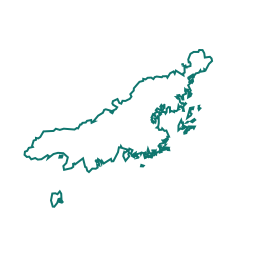 Dinagat Islands, Surigao del Norte, Philippines, rotated 245°
{"feature_id": "2640588B17428979589921", "entity_name": "Dinagat Islands", "entity_type": "district", "adm_level": 2, "iso_a3": "PHL", "parent_name": "Philippines", "parent_adm1": "Surigao del Norte", "projection": "mercator", "projection_center": [125.572, 10.162], "detail": "fine", "context": "isolated", "style": "outline", "palette": "teal", "viewbox_px": 256, "rotation_deg": 245, "n_neighbors": 0, "source": "geoboundaries", "source_scale": "gbopen_adm2", "svg_char_len": 5967}
<svg xmlns="http://www.w3.org/2000/svg" viewBox="0 0 256 256"><g transform="rotate(245 128 128)"><path d="M147.3,221.3L149.0,222.0L147.6,222.8L151.9,228.5L153.2,232.5L155.7,233.1L157.9,232.3L159.4,227.4L163.5,228.7L167.1,228.5L168.6,225.5L167.2,223.9L169.2,219.7L168.8,215.9L164.7,211.6L161.9,210.8L161.6,211.8L159.9,211.9L157.8,210.8L158.8,204.7L154.3,202.8L154.1,201.1L152.3,200.5L159.8,195.6L157.5,193.3L160.0,193.1L159.8,189.3L157.0,185.0L158.6,184.9L160.2,181.4L159.7,180.1L162.5,175.8L162.8,173.7L161.6,171.7L163.9,170.3L165.2,167.0L164.6,164.5L166.1,162.6L164.3,161.7L165.0,157.9L161.5,150.1L159.5,149.0L157.7,144.4L155.0,144.4L153.7,142.0L153.6,137.1L155.0,134.5L152.9,132.2L154.4,130.7L158.7,130.7L158.7,125.7L156.9,124.2L155.3,124.3L151.4,127.0L150.2,125.1L150.1,120.2L149.0,121.4L148.0,120.1L149.8,118.8L151.1,119.5L154.3,115.8L154.5,114.1L152.4,111.7L151.8,106.2L148.7,99.6L148.1,100.5L148.1,97.2L150.8,98.0L151.8,93.9L150.8,92.0L151.9,88.9L150.9,87.3L151.4,86.2L148.7,82.6L149.6,81.6L149.2,78.9L154.5,69.5L155.1,65.4L157.8,62.3L156.8,59.3L160.6,50.0L156.9,44.7L156.5,42.2L157.9,40.4L156.2,39.6L156.5,37.2L152.5,33.6L151.0,33.8L151.9,29.7L149.9,27.0L150.1,24.6L147.4,22.9L144.5,24.1L143.8,26.3L140.5,27.1L140.0,31.2L137.5,32.9L136.3,36.4L137.4,43.6L136.1,44.4L134.3,42.6L135.9,49.5L135.1,54.0L132.5,58.7L126.9,61.1L122.3,57.3L120.8,53.3L117.1,52.4L115.5,59.8L116.0,62.0L118.7,63.1L118.5,64.5L117.4,64.7L119.5,74.4L110.8,72.7L109.9,73.6L106.6,73.0L104.6,74.0L106.3,78.5L104.7,81.6L105.0,83.8L107.9,84.6L106.1,86.2L109.8,87.0L110.4,85.1L111.8,84.8L112.2,85.5L110.9,86.9L112.4,87.7L109.9,89.1L107.0,89.0L109.1,90.5L106.1,91.0L107.2,99.5L104.7,99.1L104.1,100.7L110.3,108.7L114.3,111.6L113.4,113.0L114.5,113.9L112.5,114.1L108.8,118.2L107.3,117.3L107.0,114.6L107.8,114.4L106.5,113.1L104.5,111.8L99.3,111.9L101.8,117.1L104.2,117.2L104.8,118.7L106.4,118.4L108.7,120.5L106.0,122.7L103.5,119.8L101.7,119.8L102.3,124.5L99.7,122.7L100.0,120.5L98.8,121.3L99.7,122.1L99.2,123.7L100.5,124.7L100.0,128.9L98.9,128.7L100.0,129.9L98.4,131.9L98.5,134.4L97.2,132.2L96.0,134.4L96.6,136.1L98.8,135.9L100.6,137.3L96.7,137.0L94.9,137.9L95.5,141.1L96.9,141.3L97.8,139.7L96.3,143.0L94.7,141.5L94.0,141.9L94.7,143.0L93.7,142.5L93.7,141.8L94.9,139.9L92.6,135.4L91.2,137.1L92.9,139.1L92.2,140.3L93.0,141.7L92.1,142.3L93.4,143.0L93.7,147.6L96.8,148.6L96.7,150.6L98.4,147.5L98.4,149.2L99.0,148.4L100.0,150.3L99.3,154.6L102.0,154.1L101.6,156.1L99.1,156.1L101.3,160.0L101.2,156.7L101.8,156.7L102.3,159.9L103.4,160.0L102.8,161.5L109.5,161.7L110.0,159.8L113.2,158.8L112.2,157.8L113.1,155.4L115.3,155.5L116.2,154.2L116.9,156.2L119.5,158.0L125.7,160.8L126.1,160.1L124.3,158.7L125.4,156.3L122.6,156.1L121.6,155.3L122.8,155.0L122.4,154.9L122.3,154.4L121.8,154.3L121.8,154.2L123.6,153.7L122.3,152.9L123.5,152.3L124.9,153.6L124.7,153.2L125.5,152.7L126.5,154.3L127.5,153.7L130.1,156.7L129.3,157.5L130.4,159.4L129.9,161.9L132.4,160.8L133.4,162.8L130.2,165.3L132.6,166.9L133.7,166.3L134.8,168.0L132.9,168.5L132.9,169.0L133.3,169.7L133.7,170.7L133.6,170.8L130.8,169.5L130.9,168.5L128.1,165.7L126.9,168.1L125.2,168.1L126.1,169.7L128.9,171.1L129.9,173.5L129.0,174.8L124.8,172.9L125.0,174.7L122.9,176.6L124.1,177.3L122.9,179.0L123.3,180.8L127.0,183.3L125.0,183.4L125.4,185.2L121.3,185.9L120.4,185.1L119.9,185.9L124.1,187.0L125.6,190.9L126.3,190.6L125.3,188.9L127.4,188.3L127.1,187.2L129.5,186.1L132.6,187.0L133.6,185.5L134.5,185.4L134.7,185.1L135.0,185.2L135.5,185.0L134.7,186.5L136.7,186.6L136.2,188.5L134.8,188.4L133.8,189.7L130.8,189.4L130.5,190.2L134.6,191.6L134.6,195.4L137.4,195.4L139.0,196.2L137.4,196.7L138.1,197.4L137.2,198.7L135.8,197.8L131.2,197.7L132.1,196.5L130.3,195.4L130.5,198.1L132.1,200.0L134.4,199.0L135.4,200.7L141.3,200.6L142.4,203.9L143.7,202.9L145.2,204.2L147.0,203.7L147.1,205.6L148.3,204.6L149.0,209.6L148.0,211.2L148.8,212.6L148.2,215.6L149.6,217.9L148.3,217.7L147.3,221.3ZM94.9,27.6L88.6,26.6L87.8,27.9L90.0,32.2L93.0,35.0L92.8,36.1L92.3,35.1L92.0,35.0L92.3,37.9L96.7,39.7L99.4,39.4L97.8,36.1L99.5,34.6L100.6,31.7L94.9,27.6ZM104.6,172.7L105.4,175.5L104.1,176.6L104.0,178.5L105.5,178.0L104.3,181.3L107.2,178.9L109.7,180.1L109.9,179.1L112.7,179.6L108.9,174.8L104.6,172.7ZM112.0,185.9L112.8,190.2L113.9,191.6L115.7,190.9L118.8,193.0L117.6,194.8L119.1,196.0L119.9,192.7L112.0,185.9ZM99.1,176.7L98.7,178.7L100.6,180.5L100.4,182.3L101.3,183.3L101.1,187.1L99.7,187.4L101.1,189.2L103.8,183.5L100.3,177.1L99.1,176.7ZM108.1,191.9L107.4,187.7L106.0,188.8L106.9,192.3L108.1,191.9ZM130.2,53.3L129.2,55.6L131.2,57.5L130.7,56.1L131.7,54.6L130.2,53.3ZM91.0,33.4L88.3,36.5L88.5,37.3L90.8,37.4L91.0,36.3L89.7,36.9L91.0,33.4ZM143.7,203.9L141.8,205.1L142.8,206.7L145.0,207.3L143.7,203.9ZM92.8,152.1L92.3,154.9L93.0,156.4L94.6,153.7L92.8,152.1ZM92.3,146.8L92.1,148.4L93.2,148.6L93.2,149.6L95.0,150.6L94.2,149.0L93.4,149.6L94.3,148.5L92.3,146.8ZM147.2,207.7L146.3,209.1L147.7,210.2L148.2,208.1L147.2,207.7ZM87.8,123.6L86.8,125.4L87.2,126.3L88.9,124.5L87.8,123.6ZM96.0,131.0L93.6,130.6L93.5,131.5L93.8,133.1L94.4,133.5L94.4,132.2L96.0,131.0ZM114.5,199.9L115.3,201.9L116.7,200.9L116.2,200.1L114.5,199.9ZM127.6,162.1L126.2,162.6L126.7,164.0L127.7,163.9L127.1,162.6L128.3,162.9L127.6,162.1ZM160.3,205.3L159.8,205.9L159.1,206.3L160.3,206.5L160.3,205.3ZM162.7,204.7L163.0,203.3L162.2,204.6L162.7,204.7ZM118.1,201.3L117.0,200.9L118.0,201.8L118.1,201.3ZM101.8,154.3L100.9,154.3L100.3,154.8L101.1,155.2L101.8,154.3ZM90.9,155.3L90.5,156.0L91.4,156.2L90.9,155.3ZM97.6,125.8L97.0,123.9L96.8,124.8L97.6,125.8ZM93.9,133.4L93.1,134.1L94.2,134.9L94.3,134.4L93.9,133.4ZM108.1,183.5L107.9,184.4L108.3,185.0L108.5,184.6L108.1,183.5ZM95.1,151.2L94.3,151.3L95.3,152.0L95.1,151.2ZM127.8,157.3L127.2,157.9L127.7,158.0L127.8,157.3ZM99.2,123.8L98.7,124.1L99.1,124.4L99.2,123.8ZM100.8,121.2L100.2,121.4L101.2,121.2L100.8,121.2ZM95.8,133.9L94.9,134.2L94.9,134.5L95.8,133.9ZM97.3,153.9L96.7,154.6L96.9,155.0L97.3,153.9ZM123.3,182.8L122.9,182.6L122.6,182.7L123.3,182.8Z" fill="none" stroke="#0f766e" stroke-width="2"/></g></svg>